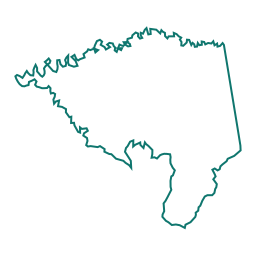 Panambi, Rio Grande do Sul, Brazil
{"feature_id": "56859067B98821100508449", "entity_name": "Panambi", "entity_type": "district", "adm_level": 2, "iso_a3": "BRA", "parent_name": "Brazil", "parent_adm1": "Rio Grande do Sul", "projection": "albers", "projection_center": [-53.56, -28.356], "detail": "fine", "context": "isolated", "style": "outline", "palette": "teal", "viewbox_px": 256, "rotation_deg": 0, "n_neighbors": 0, "source": "geoboundaries", "source_scale": "gbopen_adm2", "svg_char_len": 3379}
<svg xmlns="http://www.w3.org/2000/svg" viewBox="0 0 256 256"><path d="M47.3,64.5L45.3,66.4L44.0,68.4L44.6,71.2L44.6,73.5L43.7,75.4L42.3,76.7L40.6,75.5L38.9,73.4L37.1,71.4L37.1,68.0L35.6,64.9L34.3,67.6L33.4,70.1L33.6,72.4L33.2,75.5L30.4,75.2L28.2,73.1L26.8,71.0L25.2,73.3L24.3,75.2L22.5,77.9L19.6,76.0L17.0,75.0L15.4,76.3L16.2,78.6L17.8,81.6L19.7,84.2L22.1,86.1L24.5,86.3L26.5,85.5L28.5,85.1L29.0,81.9L31.9,80.7L34.5,79.3L36.5,81.5L35.1,84.8L36.7,86.6L39.2,87.2L42.0,88.2L43.9,88.2L47.1,88.0L48.6,86.1L50.5,88.2L50.3,91.0L50.9,93.5L53.2,92.9L55.1,94.0L54.7,96.8L53.4,99.5L54.1,103.7L55.9,101.5L59.1,100.5L58.0,106.2L62.0,106.9L66.0,109.1L65.9,112.3L69.4,117.2L71.3,116.7L71.1,123.0L74.0,122.8L74.5,125.5L78.1,131.9L80.1,132.6L80.0,127.4L81.9,128.9L86.6,128.3L87.8,130.8L84.0,133.3L83.3,135.6L87.0,138.0L87.5,140.9L86.2,145.1L87.9,146.5L90.6,146.1L97.7,147.1L100.0,146.1L104.6,149.1L104.4,151.7L109.3,154.0L111.4,154.2L116.0,158.7L123.4,160.8L125.6,162.9L129.2,165.2L131.2,167.8L130.8,160.8L125.0,151.8L126.0,148.0L127.6,146.2L130.1,141.7L133.3,140.4L133.2,146.5L135.3,144.7L137.9,143.6L140.2,142.5L140.4,144.9L143.5,148.0L144.9,142.4L146.1,144.1L148.4,145.9L152.4,150.0L152.3,154.2L151.6,157.7L154.5,157.3L157.0,158.5L160.1,155.2L161.9,154.4L164.2,153.8L166.8,153.9L170.1,154.3L170.6,157.1L170.3,159.8L170.5,163.3L172.7,167.7L174.8,170.3L172.9,175.4L171.3,176.4L170.5,180.8L170.6,186.9L171.3,189.8L167.5,197.2L165.5,200.9L163.6,203.4L164.2,211.2L162.6,214.5L162.4,216.8L165.9,220.8L168.5,222.3L171.8,225.0L175.9,224.5L179.7,225.2L184.8,227.9L185.5,224.7L190.5,222.2L195.3,216.9L195.9,214.8L195.7,212.7L198.2,210.7L198.6,207.3L200.3,205.7L202.3,200.8L204.8,196.5L207.4,195.2L212.2,195.2L214.4,192.9L215.2,189.0L216.3,187.2L216.8,184.1L213.3,179.3L215.6,176.4L214.8,174.4L212.4,169.7L214.7,168.5L217.6,170.4L219.7,169.2L220.4,166.4L222.4,164.5L226.6,161.2L227.7,158.8L234.2,155.9L240.6,150.4L240.4,145.6L237.6,128.3L223.9,44.9L222.6,43.1L220.1,45.9L217.5,46.6L217.1,43.6L214.5,45.3L213.3,41.3L211.4,43.5L208.1,43.0L205.3,44.4L204.2,42.0L201.7,41.5L201.8,44.8L199.3,45.2L197.8,43.0L197.0,46.6L194.8,46.8L194.2,44.3L192.6,42.9L191.3,45.0L189.2,39.9L187.0,39.7L186.7,42.5L183.2,45.8L181.3,45.4L181.5,42.0L179.9,39.6L181.2,37.6L178.7,36.3L176.7,34.2L173.8,32.9L174.1,36.3L171.4,36.3L168.6,36.4L167.4,38.4L165.1,36.1L164.9,32.8L162.9,31.8L161.4,30.2L160.2,33.4L156.3,29.7L150.3,28.9L150.7,34.0L148.3,34.4L146.5,28.1L144.8,29.8L143.0,33.7L140.8,32.8L140.7,35.3L142.2,37.9L140.0,38.6L138.0,36.3L138.2,33.6L135.7,32.5L132.4,35.3L131.9,37.7L127.6,38.9L127.1,42.1L129.8,43.9L130.4,46.0L128.0,46.4L124.9,44.4L123.2,46.0L121.2,45.3L119.5,44.6L118.0,48.4L116.7,51.9L114.7,50.4L115.2,47.6L113.7,46.0L112.8,43.5L109.4,42.9L107.2,44.6L110.0,47.1L105.9,49.5L104.6,47.1L100.7,44.8L102.1,41.6L99.9,39.8L96.9,41.1L94.8,45.6L94.1,48.6L90.3,50.1L88.2,49.3L87.1,51.4L83.5,54.1L84.6,57.5L80.0,59.2L78.2,60.4L76.3,59.0L74.5,54.9L71.5,56.9L75.6,61.0L77.5,65.8L73.9,66.7L68.9,65.0L68.1,62.6L68.2,55.5L66.4,57.5L65.1,60.0L66.2,63.1L65.7,65.9L62.9,66.7L60.5,64.2L59.5,60.0L57.2,60.3L57.2,63.7L57.7,66.5L57.4,69.3L56.3,72.0L53.1,71.0L50.0,67.5L47.3,64.5ZM94.1,48.6L98.1,50.1L95.4,52.4L94.1,48.6ZM118.0,48.4L122.0,48.2L121.1,50.1L118.0,48.4ZM47.3,64.5L49.6,63.1L50.4,60.9L48.7,58.5L46.8,60.4L44.9,61.9L47.3,64.5ZM127.1,42.1L123.7,42.2L124.9,44.4L127.1,42.1Z" fill="none" stroke="#0f766e" stroke-width="2"/></svg>